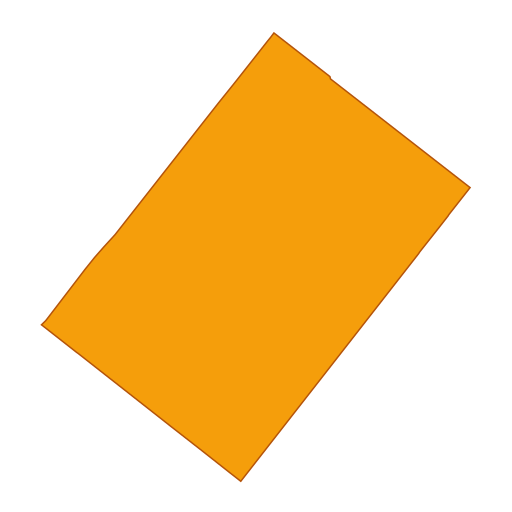 the district of Cimarron, Oklahoma, United States of America, rotated 308°
{"feature_id": "52423323B34412433575069", "entity_name": "Cimarron", "entity_type": "district", "adm_level": 2, "iso_a3": "USA", "parent_name": "United States of America", "parent_adm1": "Oklahoma", "projection": "equal_earth", "projection_center": [-102.557, 36.75], "detail": "fine", "context": "isolated", "style": "filled", "palette": "amber", "viewbox_px": 512, "rotation_deg": 308, "n_neighbors": 0, "source": "geoboundaries", "source_scale": "gbopen_adm2", "svg_char_len": 591}
<svg xmlns="http://www.w3.org/2000/svg" viewBox="0 0 512 512"><g transform="rotate(308 256 256)"><path d="M391.8,382.7L406.0,382.7L407.3,382.5L441.7,382.6L441.4,205.7L442.9,203.8L442.8,132.8L437.4,132.9L432.7,132.8L383.0,132.6L373.8,132.5L353.7,132.2L317.5,132.1L317.4,132.1L186.2,131.8L169.3,130.5L162.5,130.1L155.4,129.7L147.2,129.6L140.6,129.5L131.1,129.6L78.4,130.1L76.0,130.1L75.5,130.1L69.7,129.3L69.6,174.1L69.7,175.1L69.4,271.5L69.3,293.9L69.3,323.4L69.3,330.7L69.1,369.4L69.1,382.7L358.0,382.7L360.1,382.5L391.8,382.7Z" fill="#f59e0b" stroke="#b45309" stroke-width="1.5"/></g></svg>